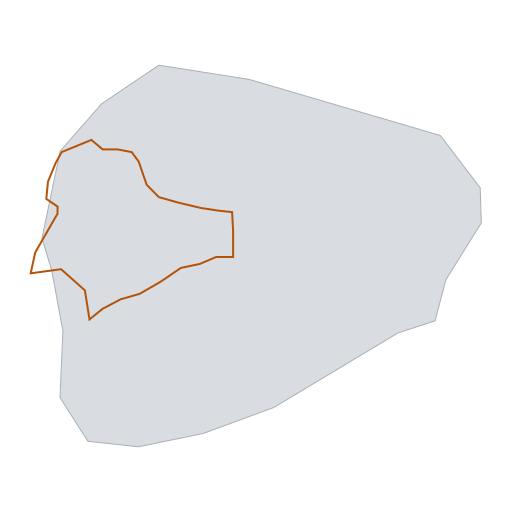 La Massana on a map of Andorra (Mercator projection)
{"feature_id": "AND-4877", "entity_name": "La Massana", "entity_type": "state/province", "adm_level": 1, "iso_a3": "AND", "parent_name": "Andorra", "parent_adm1": "", "projection": "mercator", "projection_center": [1.476, 42.553], "detail": "fine", "context": "in_parent", "style": "outline", "palette": "amber", "viewbox_px": 512, "rotation_deg": 0, "n_neighbors": 0, "source": "natural_earth", "source_scale": "10m", "svg_char_len": 780}
<svg xmlns="http://www.w3.org/2000/svg" viewBox="0 0 512 512"><path d="M435.1,320.8L398.0,332.9L273.7,407.5L203.0,433.5L138.4,446.8L87.9,441.3L60.0,397.6L62.9,330.8L51.7,270.4L42.0,238.2L60.2,151.1L101.5,103.9L158.8,65.2L249.0,79.4L440.3,135.5L480.2,187.8L481.3,222.9L445.8,279.9L435.1,320.8Z" fill="#d9dde1" stroke="#a8b0b8" stroke-width="1"/><path d="M61.6,152.1L91.4,139.9L102.6,149.4L117.6,149.4L131.7,152.1L138.7,161.6L146.7,184.8L158.8,197.1L177.8,202.5L200.9,208.0L219.0,210.7L232.1,212.1L233.1,231.2L233.1,257.0L216.0,257.0L199.9,263.9L180.9,267.9L160.8,281.6L139.7,293.8L120.6,299.3L102.6,308.8L89.5,319.4L84.9,290.4L61.1,269.2L30.7,273.3L35.2,252.5L57.5,213.7L57.6,206.6L46.3,198.9L48.0,181.6L55.6,163.1L61.6,152.1Z" fill="none" stroke="#b45309" stroke-width="2"/></svg>